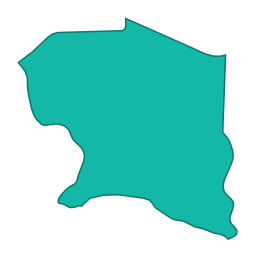 map outline of Machinga (orthographic projection), rotated 271°
{"feature_id": "MWI-1904", "entity_name": "Machinga", "entity_type": "District", "adm_level": 1, "iso_a3": "MWI", "parent_name": "Malawi", "parent_adm1": "", "projection": "orthographic", "projection_center": [35.438, -14.901], "detail": "fine", "context": "isolated", "style": "filled", "palette": "teal", "viewbox_px": 256, "rotation_deg": 271, "n_neighbors": 0, "source": "natural_earth", "source_scale": "10m", "svg_char_len": 1362}
<svg xmlns="http://www.w3.org/2000/svg" viewBox="0 0 256 256"><g transform="rotate(271 128 128)"><path d="M191.6,17.3L202.4,31.1L217.0,46.0L220.5,50.5L222.2,55.8L225.2,120.6L227.1,123.4L231.0,124.0L237.4,123.8L226.2,150.5L217.9,170.1L203.3,204.3L201.4,212.0L201.4,219.2L202.6,224.3L125.6,222.8L124.7,223.3L123.6,224.3L122.9,224.9L120.0,227.4L116.9,229.4L113.1,231.1L106.7,233.1L102.8,233.6L99.4,233.5L93.9,231.9L78.7,225.5L72.8,224.2L69.2,224.4L65.9,225.5L64.0,226.9L58.3,232.8L55.3,234.6L52.6,234.8L48.8,234.1L43.9,232.4L38.9,231.4L35.9,231.9L33.5,233.5L31.0,236.1L27.4,238.7L24.5,238.7L22.3,237.2L21.1,235.1L18.6,230.0L21.0,227.7L23.3,222.6L24.3,216.2L28.6,204.6L30.4,196.4L35.7,185.5L36.3,182.4L36.8,177.7L37.6,174.9L39.5,171.1L48.6,156.9L53.0,153.8L56.2,150.9L58.2,144.2L61.1,119.2L60.4,104.6L57.1,91.2L49.9,83.6L49.1,83.0L49.5,80.6L49.3,79.9L47.9,76.0L47.7,74.4L47.5,72.7L47.7,71.0L48.8,68.2L50.3,65.8L50.9,64.3L51.4,61.2L52.0,59.9L52.9,59.4L54.9,59.7L56.3,60.1L57.9,60.9L59.7,62.2L64.8,66.7L68.1,70.4L71.3,75.8L73.0,77.2L75.3,78.2L78.5,78.8L94.0,84.2L98.3,85.0L103.0,84.2L107.3,81.9L115.2,73.5L119.7,71.1L122.9,70.0L125.8,68.3L129.1,64.1L130.4,60.0L130.8,55.7L129.3,45.3L129.4,43.2L130.1,41.6L134.7,36.6L138.9,33.9L145.4,31.3L160.2,27.8L167.5,26.8L176.4,26.5L183.2,24.0L191.5,17.3L191.6,17.3Z" fill="#14b8a6" stroke="#0f766e" stroke-width="1.5"/></g></svg>